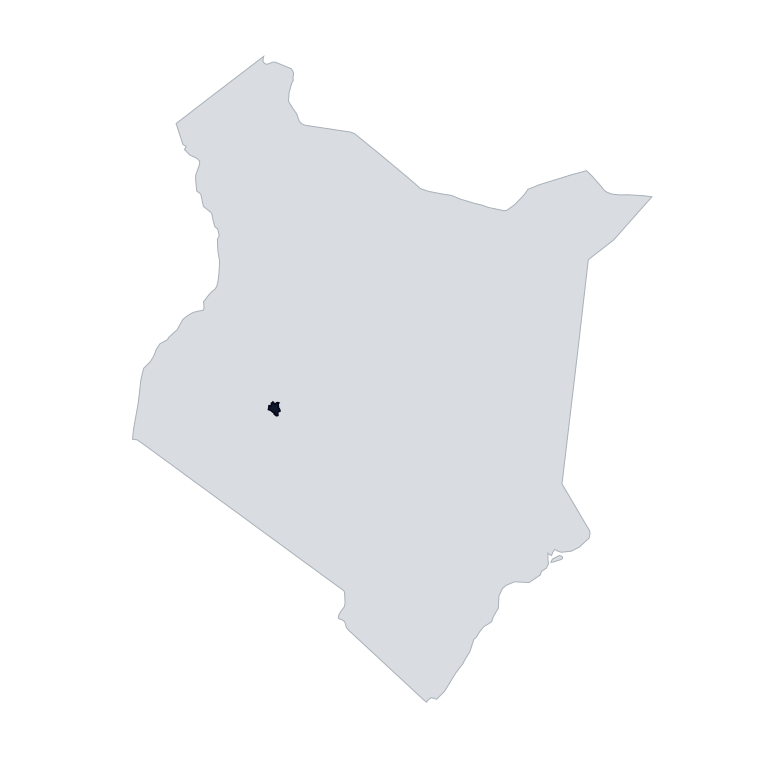 location of Bahati, Rift Valley, Kenya, rotated 7°
{"feature_id": "3690345B12998672958499", "entity_name": "Bahati", "entity_type": "district", "adm_level": 2, "iso_a3": "KEN", "parent_name": "Kenya", "parent_adm1": "Rift Valley", "projection": "orthographic", "projection_center": [36.164, -0.224], "detail": "fine", "context": "in_parent", "style": "filled", "palette": "ink", "viewbox_px": 768, "rotation_deg": 7, "n_neighbors": 0, "source": "geoboundaries", "source_scale": "gbopen_adm2", "svg_char_len": 4645}
<svg xmlns="http://www.w3.org/2000/svg" viewBox="0 0 768 768"><g transform="rotate(7 384 384)"><path d="M141.1,469.5L140.9,459.1L142.4,432.6L142.2,409.3L143.5,397.7L149.3,390.3L151.9,384.9L153.8,377.4L156.8,371.3L163.6,366.4L164.9,363.6L172.1,355.3L176.4,344.6L179.7,341.0L183.8,337.6L186.6,335.9L191.4,334.1L195.1,333.1L195.8,332.3L196.1,330.5L194.9,323.9L196.4,321.8L199.0,317.3L201.9,313.2L204.5,310.6L206.0,307.9L206.6,303.3L206.8,300.0L206.7,294.6L205.9,282.3L202.9,272.1L201.0,260.6L202.4,256.9L200.0,250.2L198.8,249.8L196.8,248.3L194.3,242.0L192.4,236.2L191.3,234.8L183.1,229.7L179.0,217.8L174.5,215.2L172.0,203.3L171.6,200.0L174.2,188.2L173.9,185.5L171.2,183.0L163.6,180.5L157.3,175.6L158.2,173.9L158.6,172.1L155.3,170.9L145.9,150.8L158.2,138.7L170.6,126.4L186.4,110.9L200.9,96.7L213.5,84.4L224.7,73.4L224.4,75.5L224.5,78.3L225.9,80.0L228.1,81.1L231.3,79.9L234.1,78.2L236.9,77.8L253.7,82.4L256.5,86.4L256.3,90.7L257.0,93.8L255.7,96.9L254.3,106.3L254.7,115.0L259.8,121.4L264.3,126.4L267.9,133.5L270.5,135.7L274.1,136.8L285.7,137.1L302.8,137.6L319.3,138.0L320.8,138.2L324.3,139.1L339.5,148.7L353.4,157.4L365.1,165.0L376.6,172.4L387.7,179.6L396.3,185.6L404.8,187.4L418.5,188.3L428.1,188.6L436.9,191.1L450.0,193.4L459.8,194.6L465.7,196.0L482.1,197.4L484.8,196.6L492.0,189.9L500.0,179.2L503.1,173.3L513.6,167.4L531.9,159.2L544.8,153.4L559.1,147.6L565.6,152.6L574.7,160.7L578.7,164.7L582.0,166.5L586.9,167.7L592.8,167.7L596.1,167.5L602.7,166.5L618.2,165.5L627.1,165.6L619.7,176.3L610.8,189.2L594.5,212.9L582.0,225.4L572.5,234.8L571.6,236.5L571.7,247.0L571.9,272.7L572.3,324.2L572.5,375.6L572.7,427.1L572.8,452.8L572.8,461.5L581.2,472.3L589.3,482.9L600.0,496.9L605.8,504.3L606.7,506.8L606.4,511.9L597.5,522.3L590.3,527.1L580.5,529.4L577.6,528.9L573.7,527.4L572.2,530.0L571.1,533.9L568.9,533.0L567.3,531.9L568.2,538.8L569.2,542.3L567.7,546.9L563.0,551.0L562.5,554.4L552.2,563.4L537.6,564.4L530.0,568.8L526.5,572.5L523.9,580.4L524.8,592.6L520.7,602.0L519.9,606.8L512.4,612.9L509.0,618.5L506.5,624.1L504.3,626.6L501.8,639.4L498.2,647.1L497.2,649.7L496.4,652.0L493.6,656.6L491.9,659.7L490.6,661.7L481.6,681.6L474.6,690.5L469.2,689.5L465.6,693.0L465.2,694.6L463.3,693.7L458.7,690.4L449.4,683.7L440.1,676.9L430.8,670.2L421.5,663.5L412.2,656.7L402.8,650.0L393.5,643.3L384.2,636.5L378.7,632.6L376.3,630.2L374.4,625.6L373.4,624.4L370.9,623.0L368.0,622.6L367.2,621.8L367.2,619.5L368.2,616.3L371.7,610.1L372.1,606.5L371.4,602.3L370.3,595.7L369.4,594.2L363.2,590.7L350.2,583.5L337.2,576.2L324.2,569.0L311.2,561.7L298.2,554.4L285.2,547.2L272.2,539.9L259.2,532.6L246.2,525.4L233.1,518.1L220.1,510.8L207.1,503.6L194.1,496.3L181.1,489.0L168.1,481.8L155.1,474.5L150.2,471.8L145.8,469.5L141.1,469.5ZM573.6,540.1L571.4,540.7L572.5,537.2L579.2,532.7L581.9,533.7L582.4,534.7L582.3,535.6L581.2,536.6L573.6,540.1Z" fill="#d9dde1" stroke="#a8b0b8" stroke-width="1"/><path d="M282.1,415.6L281.9,415.5L281.6,415.5L281.5,415.4L281.4,415.4L281.2,415.3L280.8,415.3L280.6,415.3L280.3,415.4L280.1,415.5L279.9,415.7L279.8,415.8L279.7,415.8L279.4,416.0L279.3,416.3L279.2,416.4L279.1,416.5L278.9,416.6L278.6,416.9L278.1,417.3L278.0,417.2L277.9,417.3L277.8,417.2L277.7,417.2L277.6,416.9L277.4,416.8L277.3,416.7L277.2,416.6L277.1,416.4L276.9,416.3L276.8,416.2L276.7,415.9L276.6,415.7L276.4,415.6L276.2,415.6L275.9,415.4L275.8,415.7L275.7,415.8L275.6,416.2L275.1,416.4L274.6,416.6L274.6,416.8L274.6,417.2L274.6,417.8L274.7,418.2L274.6,418.8L274.6,419.5L273.9,419.5L273.2,419.5L272.5,419.5L272.5,421.0L272.5,421.4L272.5,421.6L272.4,422.1L272.4,422.5L272.4,422.8L272.4,423.2L272.4,423.3L272.4,423.5L272.6,423.5L273.1,423.6L273.5,423.7L273.9,423.8L274.2,423.8L274.4,423.8L274.6,424.0L274.8,424.1L275.0,424.2L275.2,424.3L275.4,424.4L275.7,424.5L276.0,424.7L276.5,425.0L276.8,425.0L277.0,425.1L276.9,425.4L277.5,425.6L277.9,425.9L278.2,426.0L278.2,425.9L278.2,425.7L278.4,425.7L278.6,425.7L279.0,425.8L279.2,426.1L279.2,426.4L279.2,426.7L278.6,426.9L278.6,427.1L278.7,427.3L279.3,427.6L279.7,427.9L280.0,428.1L280.5,428.4L280.7,428.5L281.0,428.7L281.3,428.6L281.5,428.5L281.9,428.4L282.2,428.3L282.5,428.3L282.6,428.2L282.5,427.6L282.4,427.3L282.4,426.9L282.3,426.5L282.2,426.1L282.2,425.8L282.2,425.5L282.2,425.3L282.1,424.8L282.1,424.7L282.5,424.4L283.0,424.2L283.5,424.0L284.0,423.8L284.1,423.7L284.1,423.4L284.0,423.2L283.9,422.9L283.8,422.7L283.7,422.4L283.7,422.2L283.4,421.9L283.3,421.7L283.2,421.6L283.1,421.4L283.0,421.2L282.8,421.0L282.6,421.0L282.1,420.6L282.1,420.4L282.1,420.2L282.1,419.9L282.0,419.7L282.0,419.4L281.9,418.8L281.8,418.6L281.7,418.2L281.6,417.6L281.5,417.0L281.4,416.5L281.8,415.9L282.1,415.6Z" fill="#0f172a" stroke="#020617" stroke-width="1.5"/></g></svg>